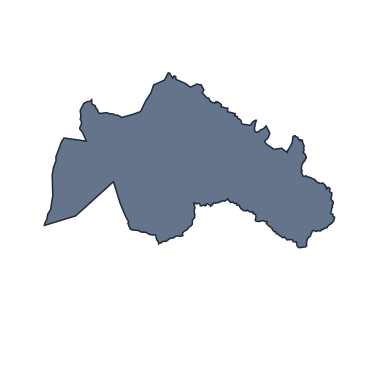 Santa María Tlahuitoltepec, Oaxaca, Mexico, rotated 208°
{"feature_id": "50627088B87126124877298", "entity_name": "Santa María Tlahuitoltepec", "entity_type": "district", "adm_level": 2, "iso_a3": "MEX", "parent_name": "Mexico", "parent_adm1": "Oaxaca", "projection": "natural_earth1", "projection_center": [-96.099, 17.126], "detail": "fine", "context": "isolated", "style": "filled", "palette": "slate", "viewbox_px": 384, "rotation_deg": 208, "n_neighbors": 0, "source": "geoboundaries", "source_scale": "gbopen_adm2", "svg_char_len": 5997}
<svg xmlns="http://www.w3.org/2000/svg" viewBox="0 0 384 384"><g transform="rotate(208 192 192)"><path d="M118.7,289.4L119.0,289.6L120.6,288.1L120.8,289.1L121.7,288.9L122.4,288.5L123.7,289.0L124.2,289.9L125.3,289.8L126.0,289.5L127.1,290.1L128.1,289.6L128.6,289.1L128.9,288.1L126.7,282.8L126.7,280.2L126.6,277.6L127.1,273.6L126.4,271.8L130.1,272.1L133.4,272.8L137.2,270.0L139.4,268.2L148.6,269.2L151.8,270.8L150.2,275.7L150.9,280.5L157.6,285.1L158.6,281.4L159.8,280.0L160.7,278.8L161.3,276.9L162.0,276.3L162.9,275.2L163.6,274.8L164.5,275.3L165.5,275.4L166.8,277.8L167.4,279.3L167.4,280.1L168.2,281.6L168.3,282.9L168.8,285.5L169.5,285.3L170.3,284.2L171.1,282.8L171.6,280.8L171.6,278.4L179.7,275.4L180.3,275.8L181.0,276.6L182.5,278.1L184.2,278.7L185.4,278.4L186.2,278.5L187.4,279.9L190.3,279.3L190.5,281.5L198.4,279.6L199.8,282.8L201.6,281.9L204.6,281.5L206.2,280.9L207.2,283.1L212.2,283.6L212.6,282.9L212.6,282.4L213.3,282.8L213.6,281.1L214.3,281.2L215.0,281.0L215.5,280.5L216.0,280.7L217.1,280.7L217.7,280.9L218.0,280.3L221.0,282.6L222.1,282.6L223.4,282.2L228.2,283.9L229.2,284.2L229.5,284.3L229.4,287.7L234.1,290.9L239.0,289.3L239.4,288.2L242.0,284.4L243.0,283.9L249.0,284.7L259.1,283.9L260.6,286.3L262.4,286.1L262.4,283.4L266.2,285.5L267.5,286.4L268.9,286.1L268.8,277.9L276.1,268.5L274.8,260.5L275.6,251.1L275.2,238.9L280.7,232.8L288.2,225.6L289.2,224.8L291.0,225.0L293.7,224.9L296.1,223.7L298.2,223.9L299.0,223.5L301.3,222.6L304.7,221.9L310.5,217.9L312.9,218.9L313.6,219.9L315.5,220.9L316.8,221.4L317.8,222.7L321.3,222.7L322.5,223.9L323.9,226.4L324.8,223.9L326.3,223.3L329.0,219.8L329.1,218.8L329.0,211.5L325.3,206.1L325.0,204.0L324.4,203.4L322.7,202.4L321.5,199.7L321.3,196.3L320.8,195.0L316.4,193.1L309.2,187.3L330.4,179.6L330.8,174.6L329.7,167.4L328.8,159.5L326.8,155.8L325.9,148.9L323.4,141.4L316.5,129.1L313.6,124.4L308.6,110.1L309.0,104.9L307.4,99.9L307.3,95.5L306.7,93.1L283.5,116.3L266.2,164.2L249.6,147.8L238.7,138.9L234.2,136.1L233.9,134.3L230.2,131.1L228.7,130.2L228.1,130.6L227.5,130.2L227.1,130.4L226.7,130.7L225.4,131.0L225.2,131.2L224.1,131.7L223.0,132.1L221.3,132.8L219.4,132.7L218.6,133.0L217.7,132.8L217.2,133.3L216.2,133.5L215.9,134.0L214.8,134.2L214.0,134.8L213.6,134.8L213.4,134.9L213.1,134.7L210.7,134.5L208.9,134.8L206.1,135.7L204.7,136.8L203.4,136.5L201.7,134.2L200.6,133.2L198.1,132.1L197.2,130.6L197.0,131.6L195.9,132.0L194.0,135.2L193.1,135.5L192.6,135.7L191.2,137.1L191.0,137.7L190.7,138.3L190.2,139.5L189.5,140.6L189.1,141.6L187.4,142.0L185.6,145.3L185.2,145.8L183.8,146.6L182.3,147.0L180.4,148.2L179.6,149.3L180.9,150.7L181.1,151.7L180.3,153.9L178.5,156.7L178.3,159.5L176.9,161.7L176.6,163.6L176.9,164.4L178.5,167.4L177.6,170.8L178.3,171.5L178.9,173.7L180.0,174.3L180.7,175.3L180.9,176.2L181.5,177.2L182.0,179.4L182.6,180.2L184.2,181.9L185.0,182.3L185.1,183.4L184.8,183.4L183.3,183.9L182.6,183.4L181.1,185.1L180.5,185.3L179.8,185.3L178.1,183.9L177.4,183.9L176.5,185.0L176.2,185.2L175.8,185.8L174.9,186.1L174.2,185.7L173.2,186.8L173.8,187.8L173.2,188.8L169.6,188.9L168.9,188.2L168.0,190.1L167.9,192.0L167.5,192.8L166.0,193.1L165.0,194.1L163.3,195.3L163.0,196.1L162.4,196.4L162.3,196.8L161.1,198.1L160.7,198.7L160.3,198.8L159.0,199.2L158.3,200.2L157.4,201.9L157.2,202.9L156.0,202.0L153.1,200.8L151.2,202.3L149.0,201.8L147.2,203.0L146.1,201.4L143.9,202.3L142.3,201.0L141.4,200.4L140.7,200.2L139.7,200.1L138.2,199.7L135.1,200.8L134.9,201.9L133.6,201.9L131.8,201.6L129.9,202.1L129.1,203.1L127.8,201.6L127.2,201.8L126.8,202.2L125.3,201.8L124.4,200.8L123.8,200.2L123.1,197.0L121.7,196.3L118.6,197.5L116.3,199.9L113.5,200.3L111.7,201.1L111.5,199.1L107.9,198.0L106.8,198.0L104.3,197.4L103.1,196.3L100.2,195.6L99.7,196.2L99.0,196.2L98.0,194.6L96.8,195.3L95.8,195.1L95.2,194.6L93.4,194.7L90.4,194.2L89.3,195.7L85.5,194.3L84.3,195.2L81.0,197.0L79.1,195.6L76.4,196.9L74.3,194.3L73.4,193.3L71.2,193.1L65.8,197.0L65.5,198.4L66.3,199.8L66.7,200.1L67.1,200.8L67.5,202.9L68.1,204.3L68.0,204.8L67.8,206.1L67.9,206.6L67.2,207.4L67.0,207.9L66.8,208.7L67.0,210.1L67.3,211.1L67.2,212.5L67.4,213.7L67.3,214.5L66.7,215.1L65.6,215.2L65.1,215.4L64.6,215.2L64.3,215.2L63.9,215.5L63.2,216.5L60.0,218.2L59.9,219.8L59.8,220.0L58.8,220.2L58.4,220.7L58.4,221.5L58.2,221.7L58.2,222.0L57.7,222.5L56.3,223.4L56.1,223.7L55.9,224.4L55.9,226.5L55.1,227.8L54.9,228.3L54.2,229.2L53.7,231.0L53.7,231.7L53.4,232.2L53.2,233.1L53.3,233.6L53.9,234.2L54.0,234.6L53.7,235.5L53.9,235.9L54.3,236.7L54.6,236.8L55.8,236.7L56.4,236.9L56.7,237.2L56.9,237.8L56.9,238.2L57.2,238.5L57.7,238.5L58.9,238.2L59.9,239.0L60.2,241.5L60.9,242.3L61.0,242.7L60.8,244.7L61.4,245.1L61.6,245.6L61.8,246.3L62.0,246.7L62.0,247.0L61.7,247.3L61.7,247.5L62.0,247.8L62.5,249.2L62.8,249.7L64.2,250.4L64.7,250.5L65.3,250.4L66.4,251.6L66.5,251.9L66.4,252.4L66.6,252.8L66.6,253.1L67.0,253.6L67.0,254.0L66.9,254.3L67.0,254.8L67.7,255.7L67.9,256.2L67.9,256.7L68.0,256.8L68.7,256.9L69.4,256.7L70.0,256.8L71.1,257.6L71.3,258.6L71.7,259.5L72.0,260.0L72.4,259.9L73.0,260.1L73.8,260.0L74.2,259.5L74.3,258.5L74.4,258.0L74.7,257.7L75.1,257.7L75.2,258.6L75.8,259.7L76.3,259.7L76.9,259.5L77.1,259.6L77.2,259.9L77.6,260.5L78.1,260.8L79.6,261.0L80.3,261.4L80.5,261.4L81.1,260.9L81.7,260.7L82.5,259.9L84.3,259.8L85.0,259.4L85.7,259.4L87.4,259.6L87.6,260.0L88.4,259.9L88.7,260.1L89.0,260.1L89.1,260.4L89.8,260.6L90.5,260.6L91.1,260.4L92.2,260.3L92.8,260.4L94.8,260.3L95.5,260.1L95.9,259.8L97.2,259.7L97.9,259.5L98.7,259.7L98.9,259.9L99.6,259.2L100.2,258.4L101.5,258.2L102.4,259.1L104.6,260.5L104.6,262.3L105.0,262.9L105.7,263.0L106.3,263.4L106.4,264.0L106.6,264.3L106.7,265.0L107.6,266.8L107.8,268.1L107.7,269.2L107.4,271.3L107.7,271.6L107.5,272.0L107.1,272.3L107.2,273.7L107.4,274.2L107.1,274.8L107.3,275.1L107.1,275.9L108.5,277.4L108.9,277.6L109.2,277.6L109.5,277.8L109.7,278.3L110.4,278.7L111.0,278.9L111.3,278.7L111.6,278.7L112.1,279.1L112.5,279.2L112.4,280.1L112.8,281.5L113.2,282.3L114.2,283.6L114.5,285.0L114.7,285.4L116.3,286.5L117.1,287.3L117.7,288.1L118.1,288.3L118.4,288.6L118.7,289.4Z" fill="#64748b" stroke="#1e293b" stroke-width="1.5"/></g></svg>